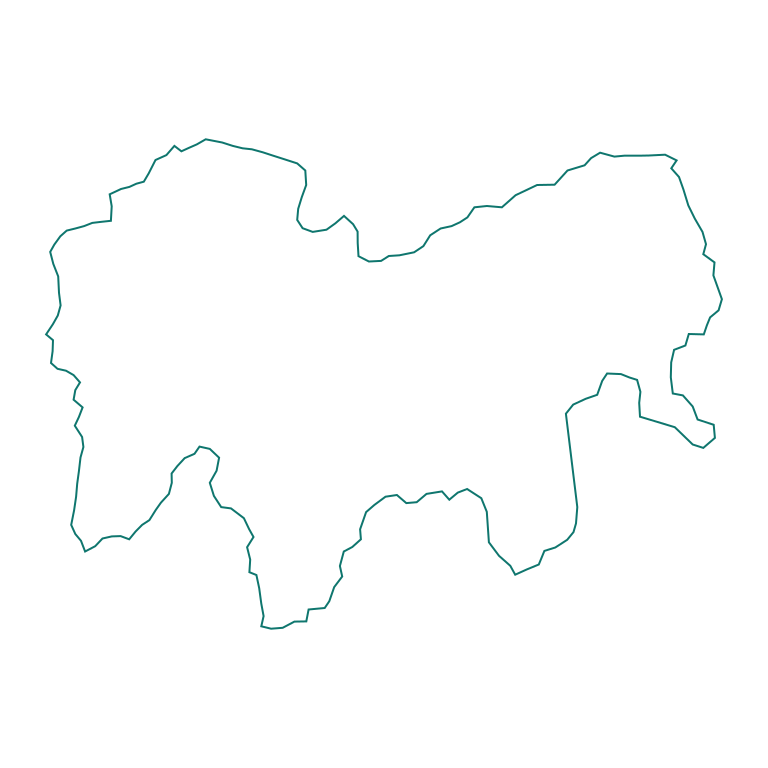 Sapucaí-Mirim, Minas Gerais, Brazil (Natural Earth projection)
{"feature_id": "56859067B63918846454231", "entity_name": "Sapucaí-Mirim", "entity_type": "district", "adm_level": 2, "iso_a3": "BRA", "parent_name": "Brazil", "parent_adm1": "Minas Gerais", "projection": "natural_earth1", "projection_center": [-45.854, -22.796], "detail": "fine", "context": "isolated", "style": "outline", "palette": "teal", "viewbox_px": 768, "rotation_deg": 0, "n_neighbors": 0, "source": "geoboundaries", "source_scale": "gbopen_adm2", "svg_char_len": 2716}
<svg xmlns="http://www.w3.org/2000/svg" viewBox="0 0 768 768"><path d="M85.1,551.5L95.2,546.2L102.5,538.5L111.8,536.4L120.6,536.1L129.2,539.3L135.6,531.5L142.1,524.9L149.4,520.1L155.8,509.9L160.9,502.7L168.9,493.9L171.8,482.8L171.6,473.5L177.4,466.0L184.7,458.1L194.5,453.8L199.5,446.6L209.8,448.9L219.1,457.7L216.6,470.7L209.8,482.8L213.9,495.9L221.2,507.1L231.0,508.4L243.9,518.2L249.1,529.1L253.5,537.0L247.1,547.2L250.2,559.6L249.4,572.2L256.4,575.0L259.2,588.2L261.3,603.7L263.6,616.1L261.3,626.3L271.1,628.7L282.7,627.8L294.4,621.6L306.3,621.4L308.6,609.5L324.7,608.0L329.3,601.2L334.2,587.1L342.2,576.5L339.9,566.0L343.8,551.5L352.3,547.0L360.9,539.3L360.1,529.3L366.1,512.1L374.3,505.0L385.5,496.7L396.9,495.0L406.3,503.1L416.7,502.2L426.5,493.9L442.0,491.4L449.3,499.7L457.8,492.6L467.1,489.0L481.3,498.2L486.8,511.8L488.9,542.3L499.0,555.8L510.3,565.8L515.2,574.7L526.9,569.4L538.8,564.5L544.4,550.9L555.3,547.5L567.2,539.8L573.5,532.1L576.0,523.4L577.3,507.1L565.9,413.7L573.2,404.6L585.7,398.8L597.2,394.8L602.2,380.9L607.1,373.5L621.0,374.1L629.5,377.5L637.1,379.9L640.4,391.8L639.2,402.9L640.0,416.7L674.8,427.2L692.7,444.5L703.3,447.9L714.9,437.9L713.7,424.8L697.6,419.5L692.7,406.5L682.9,395.4L672.8,393.5L670.8,377.3L671.2,362.4L674.1,349.8L685.4,345.5L688.8,334.0L703.8,334.4L706.9,325.3L710.1,317.4L718.6,310.3L721.9,299.2L713.4,275.4L714.5,262.4L703.3,254.2L706.0,244.2L702.5,231.9L694.8,218.6L688.3,205.4L683.4,189.4L679.0,177.0L671.3,168.3L676.6,160.4L665.1,154.7L649.0,155.5L638.9,155.7L624.2,155.7L614.4,156.6L600.1,152.7L591.1,158.1L584.6,165.3L567.5,170.5L554.6,184.7L537.1,185.0L515.6,195.2L501.9,207.3L486.9,206.0L474.4,207.3L467.4,217.4L459.9,222.3L451.6,226.1L440.6,228.5L430.2,235.3L423.4,246.1L414.1,252.3L399.4,255.3L388.8,256.0L381.1,260.9L368.9,261.5L358.5,256.2L357.7,243.0L357.6,231.6L353.1,224.2L344.0,215.9L335.4,223.3L326.5,229.7L312.7,231.9L302.6,228.2L297.2,219.9L298.2,208.8L301.8,197.1L306.2,185.0L305.3,170.5L297.2,163.4L284.8,159.4L272.6,155.5L262.8,152.3L251.9,149.3L242.6,148.3L232.8,145.9L222.2,142.5L214.5,141.0L205.7,139.3L196.8,144.4L188.6,148.0L181.4,151.3L174.4,145.9L166.4,155.1L155.5,160.0L148.7,173.4L143.8,181.7L136.4,183.7L129.4,186.9L121.0,189.0L109.7,194.3L111.7,206.3L110.9,220.8L101.6,221.8L92.3,222.9L84.1,226.1L75.3,228.5L66.7,230.6L60.3,236.3L54.3,244.6L50.2,251.9L53.3,263.9L58.2,276.4L59.0,292.8L60.6,305.4L57.8,315.5L52.9,324.2L46.1,334.4L53.0,340.2L52.6,351.3L51.0,363.0L57.5,368.8L66.0,370.7L73.6,375.1L80.0,382.4L75.3,390.1L73.6,399.7L82.6,407.4L78.9,417.0L74.8,425.7L82.1,437.0L83.4,447.0L80.5,457.5L78.9,471.3L77.2,483.7L76.1,496.7L74.1,510.3L71.2,524.9L75.3,534.0L81.0,540.8L85.1,551.5Z" fill="none" stroke="#0f766e" stroke-width="2"/></svg>